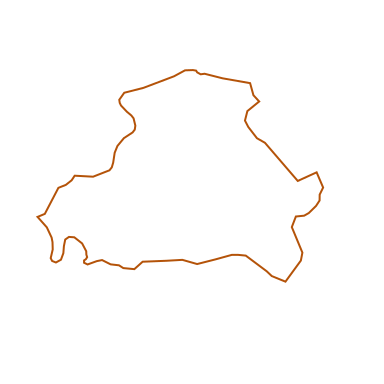 the Municipality of Kocevje, rotated 116°
{"feature_id": "SVN-207", "entity_name": "Kocevje", "entity_type": "Municipality", "adm_level": 1, "iso_a3": "SVN", "parent_name": "Slovenia", "parent_adm1": "", "projection": "mercator", "projection_center": [14.941, 45.623], "detail": "fine", "context": "isolated", "style": "outline", "palette": "amber", "viewbox_px": 384, "rotation_deg": 116, "n_neighbors": 0, "source": "natural_earth", "source_scale": "10m", "svg_char_len": 1244}
<svg xmlns="http://www.w3.org/2000/svg" viewBox="0 0 384 384"><g transform="rotate(116 192 192)"><path d="M282.1,319.9L276.2,314.7L246.8,313.9L240.9,308.5L234.2,305.3L228.8,304.6L228.7,304.4L221.6,287.6L208.7,275.7L205.0,274.9L200.2,275.7L190.6,278.7L183.3,279.2L173.4,276.8L164.5,271.5L161.0,270.8L157.2,272.0L151.4,276.8L149.8,280.1L148.4,285.7L145.4,293.7L143.6,296.0L141.0,297.8L132.5,296.4L119.7,281.3L95.9,258.9L85.7,251.6L82.0,244.6L81.1,241.5L82.2,239.8L82.4,235.8L80.2,232.5L76.4,214.3L68.7,187.5L78.1,179.2L81.2,171.3L95.0,177.7L104.6,175.7L108.9,169.9L115.2,157.2L115.8,148.0L135.7,101.8L119.7,88.6L130.5,76.1L138.4,76.1L143.7,73.6L150.1,74.4L159.7,77.8L164.1,80.8L168.5,87.9L179.8,86.9L198.1,66.2L205.9,64.1L231.6,68.7L232.6,83.4L230.5,90.1L225.6,115.8L228.4,123.3L231.1,128.7L242.3,141.4L254.5,155.8L257.2,170.9L265.0,184.8L276.3,205.8L286.6,210.0L290.5,220.4L289.9,225.5L292.7,233.4L292.6,243.0L295.9,247.3L302.9,254.1L302.9,258.0L300.8,259.0L298.9,257.9L296.5,257.7L294.6,259.5L291.6,261.1L286.4,268.2L284.3,277.9L286.3,282.9L290.3,285.1L296.8,283.4L303.4,280.8L310.3,280.1L315.0,283.4L315.3,287.5L313.4,290.0L304.7,292.0L298.2,295.4L294.5,298.2L287.4,307.0L282.1,319.9Z" fill="none" stroke="#b45309" stroke-width="2"/></g></svg>